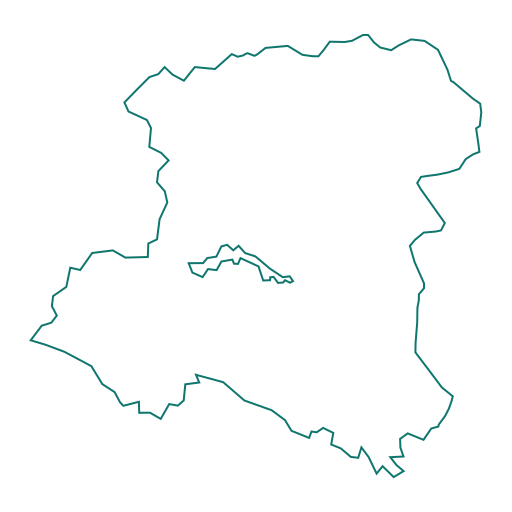 the district of Sariasiya, Surkhandarya, Uzbekistan
{"feature_id": "79887680B82153546012261", "entity_name": "Sariasiya", "entity_type": "district", "adm_level": 2, "iso_a3": "UZB", "parent_name": "Uzbekistan", "parent_adm1": "Surkhandarya", "projection": "albers", "projection_center": [67.81, 38.69], "detail": "fine", "context": "isolated", "style": "outline", "palette": "teal", "viewbox_px": 512, "rotation_deg": 0, "n_neighbors": 0, "source": "geoboundaries", "source_scale": "gbopen_adm2", "svg_char_len": 2272}
<svg xmlns="http://www.w3.org/2000/svg" viewBox="0 0 512 512"><path d="M30.7,340.3L45.1,344.6L64.4,351.8L91.4,366.2L102.3,384.1L114.6,392.1L120.0,402.2L123.3,405.8L138.9,401.8L139.2,412.8L150.0,412.7L160.7,418.9L169.2,404.1L177.8,405.6L183.7,400.5L185.3,384.3L199.2,382.5L196.0,374.8L223.2,382.2L244.4,400.5L271.6,410.2L285.0,420.1L291.5,430.8L309.1,437.9L311.5,431.5L316.7,432.3L323.1,427.9L333.3,432.9L331.2,444.5L340.8,448.4L350.8,456.9L358.2,457.8L361.4,447.4L368.6,457.0L376.6,473.6L382.6,466.2L393.7,477.1L403.6,471.1L396.4,465.0L390.3,457.2L403.5,456.5L400.4,447.7L400.1,438.9L407.7,433.4L423.5,439.8L431.3,428.5L438.3,426.6L438.8,424.5L445.1,416.0L448.9,408.6L451.5,401.3L452.8,396.3L441.9,387.5L428.7,369.9L415.4,352.4L415.6,342.5L417.2,322.7L417.4,307.9L418.8,300.5L418.9,294.3L424.0,288.2L424.0,283.3L414.6,262.1L409.9,245.9L415.0,239.8L423.7,232.6L436.0,231.5L441.0,230.4L444.8,223.0L420.8,189.2L417.2,183.0L421.0,176.9L428.4,175.8L437.1,174.7L448.2,172.4L459.3,168.9L465.7,159.1L473.1,154.3L479.4,151.9L478.3,143.3L476.1,128.4L479.8,126.0L481.3,112.4L480.9,109.5L480.2,103.7L472.9,98.6L453.5,82.2L451.0,80.9L447.5,69.8L438.0,49.8L424.6,40.9L411.1,39.4L398.7,45.4L391.2,50.2L380.2,47.5L374.1,42.5L368.1,35.0L363.2,34.9L352.0,40.8L344.6,42.0L329.8,41.7L323.5,50.2L318.4,56.3L312.3,56.2L302.4,54.8L287.8,45.9L265.6,47.9L260.0,52.2L256.9,54.6L254.4,55.8L247.6,53.2L245.8,53.8L242.7,55.6L237.7,56.7L231.8,54.1L215.0,69.0L194.8,67.1L183.9,80.7L172.5,74.6L164.6,67.1L158.3,74.1L149.4,77.1L138.1,88.4L124.4,102.4L128.5,111.5L146.9,120.0L151.0,128.0L149.3,146.9L161.2,152.9L168.6,160.4L158.4,171.1L157.0,182.3L164.8,191.3L167.3,202.5L159.6,219.2L157.0,239.4L148.3,243.5L147.8,257.0L125.4,257.6L112.8,250.4L92.2,253.0L80.2,270.0L70.3,267.7L66.3,286.9L53.1,296.1L51.9,306.2L56.8,315.6L51.3,322.7L41.7,325.7L30.7,340.3ZM227.1,244.8L233.3,250.3L238.6,245.8L245.2,253.1L255.4,256.4L269.9,268.6L282.8,277.2L289.7,276.3L293.0,281.1L290.0,282.7L285.0,280.2L283.2,282.5L278.0,282.9L273.6,276.9L270.2,277.3L270.1,280.2L263.2,280.5L258.5,266.4L240.5,258.1L238.0,263.9L234.0,263.7L232.4,259.6L221.4,261.5L216.6,270.1L208.0,269.1L202.6,277.1L192.4,272.6L188.7,263.2L203.1,263.1L207.2,258.1L216.4,256.6L221.4,246.4L227.1,244.8Z" fill="none" stroke="#0f766e" stroke-width="2"/></svg>